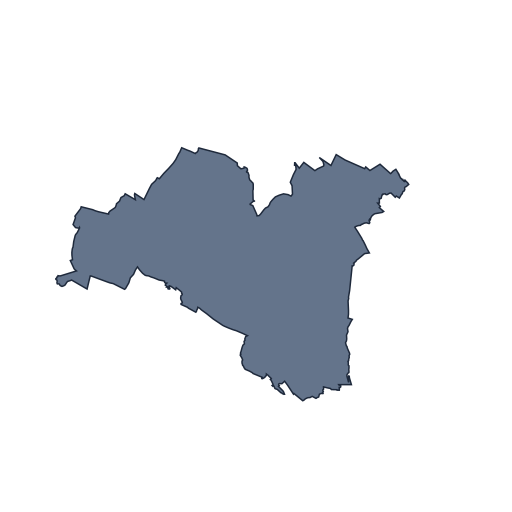 Albota, Arges, Romania, rotated 225°
{"feature_id": "2599482B92204105458489", "entity_name": "Albota", "entity_type": "district", "adm_level": 2, "iso_a3": "ROU", "parent_name": "Romania", "parent_adm1": "Arges", "projection": "equal_earth", "projection_center": [24.826, 44.777], "detail": "fine", "context": "isolated", "style": "filled", "palette": "slate", "viewbox_px": 512, "rotation_deg": 225, "n_neighbors": 0, "source": "geoboundaries", "source_scale": "gbopen_adm2", "svg_char_len": 6154}
<svg xmlns="http://www.w3.org/2000/svg" viewBox="0 0 512 512"><g transform="rotate(225 256 256)"><path d="M204.2,415.1L204.5,414.8L204.0,414.0L203.6,413.8L203.8,413.5L204.9,413.5L206.3,413.9L206.4,413.3L208.0,413.6L208.7,413.3L213.4,414.9L213.3,415.0L218.4,416.2L219.1,413.0L219.0,409.7L219.1,409.4L233.2,408.6L235.9,397.0L241.4,396.6L240.9,394.6L260.8,386.9L271.0,384.4L267.0,373.0L280.9,370.4L275.5,370.2L272.5,368.5L271.8,367.4L274.1,361.2L274.7,358.0L288.4,356.0L287.5,348.7L294.3,349.6L294.6,349.3L292.9,347.4L291.8,348.0L288.9,345.6L287.1,340.0L283.9,332.4L280.2,331.2L273.9,325.5L273.6,323.1L276.7,322.1L280.5,319.4L282.6,315.4L284.1,311.5L284.1,308.1L283.9,305.1L283.6,303.6L282.7,301.7L282.3,299.2L283.2,296.6L283.1,294.1L282.4,289.0L282.4,286.7L283.7,285.1L284.8,285.9L293.9,289.4L296.5,288.3L296.9,288.5L296.6,292.7L296.0,293.4L296.0,293.7L297.7,293.6L304.4,300.0L305.2,301.3L308.6,304.7L309.7,305.4L312.1,305.4L312.7,305.5L314.3,305.4L317.0,306.9L317.5,307.7L318.6,308.4L320.8,309.4L321.9,308.7L322.2,308.8L322.5,309.4L322.4,310.2L322.8,310.8L323.8,311.4L324.5,311.6L326.7,311.0L327.4,310.6L326.6,309.6L328.3,307.0L333.0,306.7L335.0,308.5L349.3,305.7L372.8,292.0L372.6,291.1L371.6,290.0L371.3,289.1L371.1,287.3L371.5,286.4L371.4,285.5L376.9,283.5L379.0,282.5L385.1,280.0L383.3,275.5L383.0,273.8L380.9,267.4L380.1,262.9L379.7,256.0L379.6,249.3L379.0,242.3L381.1,241.6L381.1,240.6L380.7,240.2L380.3,237.8L380.5,232.9L379.2,228.6L375.1,216.7L385.9,214.5L385.4,213.6L384.8,213.0L381.1,210.5L392.5,207.5L391.8,205.5L392.8,201.9L392.4,200.8L391.3,198.3L391.6,194.3L390.8,193.1L389.9,191.0L389.9,190.2L391.0,184.5L390.8,182.6L389.9,181.4L398.7,175.9L401.7,174.3L404.2,173.3L414.4,167.2L413.5,165.5L412.2,156.1L411.5,155.9L410.6,155.2L407.6,148.9L403.8,148.5L403.3,148.7L400.7,150.6L400.9,151.3L400.6,151.1L398.9,146.0L398.7,143.6L398.2,142.4L395.1,137.3L391.6,132.8L391.3,131.8L390.6,130.7L388.7,128.3L386.6,126.3L383.1,123.6L384.1,121.5L375.4,118.3L372.4,118.5L380.2,103.7L381.3,102.6L382.1,102.1L381.6,101.1L381.9,100.3L381.3,99.4L381.5,98.9L381.5,98.4L381.3,98.1L380.7,98.0L379.6,98.2L378.6,97.4L377.8,96.3L376.9,95.8L376.6,95.9L375.7,96.9L375.1,97.1L374.1,96.7L373.3,96.7L371.7,97.3L370.9,98.9L370.5,100.4L371.2,103.8L371.2,104.9L369.9,107.3L369.4,108.6L352.1,113.2L358.9,124.3L359.1,124.7L358.2,125.4L343.0,132.4L340.1,133.8L337.5,135.5L325.4,139.5L325.2,140.6L326.7,146.2L327.0,147.2L329.4,151.7L329.6,156.4L331.4,161.0L332.1,164.5L328.8,163.9L324.0,163.6L320.7,164.0L319.5,164.7L317.9,166.0L315.5,166.9L312.8,168.3L307.5,170.5L304.5,172.6L302.9,173.5L302.1,172.8L301.5,172.7L301.0,172.8L299.9,173.7L299.9,172.0L299.5,171.2L297.1,171.6L297.1,170.9L296.5,171.4L295.9,171.6L295.6,171.5L295.5,170.9L295.0,170.6L294.1,171.1L293.8,171.5L293.7,171.8L294.0,172.2L295.7,172.8L296.2,173.1L296.3,173.4L296.0,173.9L295.1,174.1L294.8,174.4L288.9,175.3L290.0,177.2L286.0,177.7L283.1,177.9L282.4,177.1L281.3,177.0L280.9,176.6L280.8,176.0L281.0,175.1L280.0,173.5L279.0,172.5L278.4,172.2L275.4,171.2L275.0,170.7L275.4,169.4L275.0,168.9L274.6,168.8L268.1,171.3L266.9,171.3L258.8,173.7L258.9,174.6L259.7,176.0L259.9,177.0L260.9,178.6L259.0,179.2L256.5,179.3L250.2,180.3L241.8,181.2L230.6,183.4L228.7,184.0L224.0,185.9L220.0,187.7L217.2,189.2L210.8,191.8L205.7,193.6L206.3,191.7L205.3,189.5L204.2,188.6L204.1,187.2L202.1,185.7L202.2,183.7L201.1,181.4L199.1,178.0L198.6,176.8L197.9,176.0L197.3,175.9L197.1,175.6L197.3,175.2L197.0,174.7L193.9,173.9L192.3,173.2L191.9,173.0L191.6,171.8L190.5,170.7L189.6,170.0L189.2,170.0L188.3,169.3L186.9,169.2L185.2,168.5L184.2,168.5L183.6,168.2L179.2,170.0L175.9,170.9L175.0,170.8L165.9,174.6L165.7,173.9L165.4,173.5L165.0,173.5L164.6,174.0L164.1,175.8L164.0,176.7L164.3,177.7L164.1,178.2L164.3,179.0L165.2,179.9L163.0,180.2L162.6,180.1L158.6,180.2L158.5,178.8L157.5,178.9L153.2,177.3L152.9,176.9L153.1,175.8L152.0,175.8L152.0,176.7L151.5,176.7L148.9,175.7L148.0,176.0L146.7,176.7L141.7,176.9L141.0,177.4L139.9,177.3L139.3,177.8L138.5,177.9L138.1,178.4L140.6,179.5L141.8,179.7L147.9,179.7L147.9,180.8L148.8,180.8L149.4,181.5L149.2,182.4L147.4,184.0L147.2,187.7L142.4,187.0L131.8,184.8L131.9,185.6L120.6,186.7L120.2,187.8L120.1,190.0L119.2,192.4L117.7,194.1L117.0,196.5L113.0,197.7L112.8,198.0L112.7,199.1L112.0,200.6L113.4,203.0L113.3,203.6L112.4,205.3L111.4,206.0L111.5,206.5L112.5,206.8L112.6,207.8L113.8,208.2L114.1,208.6L114.0,209.3L114.1,209.7L115.7,211.2L112.5,213.1L109.8,214.9L108.2,214.9L104.3,218.6L103.9,218.4L102.2,220.0L102.5,220.4L104.2,221.9L103.7,222.3L103.8,222.6L103.5,223.1L104.1,224.0L104.6,224.2L106.2,223.4L106.6,223.5L97.6,232.5L103.8,235.9L105.0,236.9L105.5,236.9L105.7,236.7L104.8,235.5L103.2,233.9L101.9,232.9L101.6,232.5L101.7,232.4L106.4,235.1L107.3,235.8L107.8,236.6L108.0,237.7L108.1,238.8L107.9,239.1L108.1,239.6L110.4,241.6L110.9,242.4L112.6,244.1L113.5,244.1L114.3,244.7L115.0,245.6L116.4,246.5L116.2,246.7L116.7,247.8L117.4,248.4L117.7,249.1L118.0,249.3L118.2,250.0L119.9,251.6L120.1,252.6L121.1,253.4L126.2,255.4L127.8,256.4L128.5,256.3L131.4,258.0L132.0,259.9L133.2,261.5L136.1,264.1L137.4,267.5L140.1,269.5L140.9,271.1L141.1,272.6L142.5,276.7L143.1,279.3L147.1,277.2L149.4,280.2L152.1,282.9L159.1,289.3L160.5,291.6L161.5,292.3L165.3,297.7L181.0,317.0L180.5,317.3L180.3,318.7L181.3,320.0L181.9,320.0L181.6,323.0L182.0,324.1L181.7,325.8L180.9,334.5L178.0,338.3L183.0,339.7L186.4,341.0L191.2,342.6L191.7,342.5L193.7,343.3L201.2,345.1L206.5,346.2L206.5,346.9L205.5,349.3L204.6,350.6L203.9,351.3L203.7,351.8L203.9,352.7L203.1,354.1L203.1,354.7L202.4,356.2L201.2,357.7L199.1,358.8L198.9,359.0L199.1,360.0L201.3,361.2L201.7,362.4L200.8,362.5L201.9,364.2L202.4,366.6L202.1,369.1L201.8,370.0L197.6,376.0L197.2,377.8L203.0,377.4L203.1,379.0L207.4,379.4L206.2,380.7L209.4,383.8L208.9,384.0L208.6,384.3L208.3,385.3L209.9,388.0L209.8,388.8L210.1,388.8L210.2,389.2L208.7,391.3L208.3,391.2L207.3,391.4L206.6,392.3L206.0,394.8L205.0,396.0L199.1,396.0L199.2,397.6L195.6,398.4L196.7,402.4L196.6,403.4L197.4,404.8L197.6,405.7L197.2,406.6L197.7,408.1L199.1,409.2L199.3,409.6L199.3,410.5L198.9,411.2L198.6,414.6L200.7,415.0L202.9,414.9L204.2,415.1Z" fill="#64748b" stroke="#1e293b" stroke-width="1.5"/></g></svg>